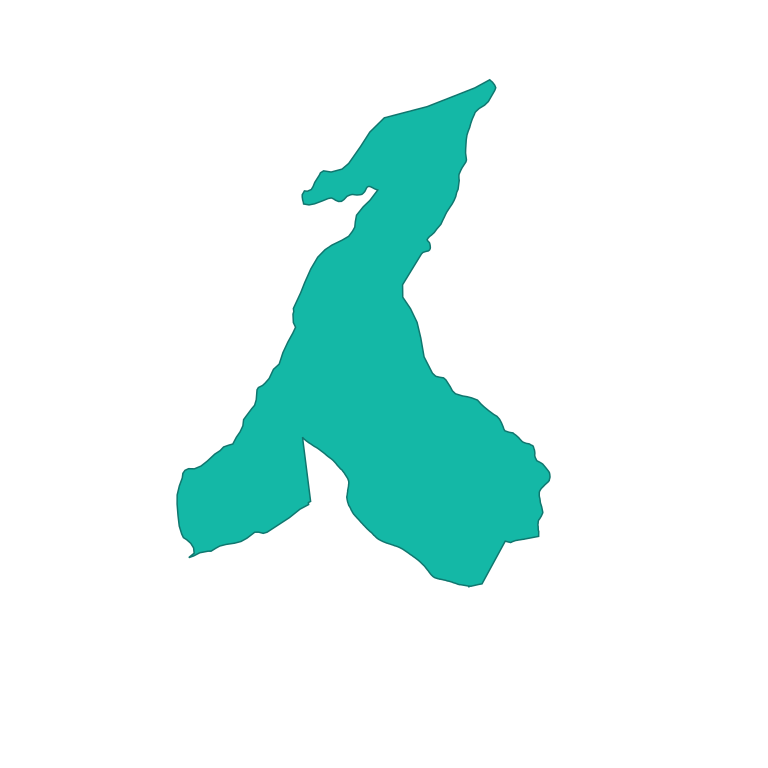 Desrameaux, Dauphin, Saint Lucia (Mercator projection), rotated 146°
{"feature_id": "8701671B79417644951649", "entity_name": "Desrameaux", "entity_type": "district", "adm_level": 2, "iso_a3": "LCA", "parent_name": "Saint Lucia", "parent_adm1": "Dauphin", "projection": "mercator", "projection_center": [-60.926, 14.037], "detail": "fine", "context": "isolated", "style": "filled", "palette": "teal", "viewbox_px": 768, "rotation_deg": 146, "n_neighbors": 0, "source": "geoboundaries", "source_scale": "gbopen_adm2", "svg_char_len": 6159}
<svg xmlns="http://www.w3.org/2000/svg" viewBox="0 0 768 768"><g transform="rotate(146 384 384)"><path d="M341.0,171.2L338.2,175.2L338.1,175.5L337.8,176.6L335.8,179.8L335.2,181.2L333.9,182.6L332.9,183.9L331.7,184.8L330.3,185.2L327.3,186.6L325.9,187.5L324.6,188.3L324.1,188.8L323.2,191.0L322.0,193.9L321.4,195.8L321.0,197.3L320.5,198.6L319.8,199.9L318.8,202.0L318.4,203.2L317.8,204.5L317.0,205.7L315.7,207.5L314.6,208.3L313.0,209.0L312.1,209.4L308.5,210.1L307.3,210.4L302.4,211.1L301.0,211.6L300.0,212.6L298.9,213.5L298.3,214.2L297.0,216.6L296.4,218.2L296.4,220.0L296.7,224.3L297.2,228.9L297.9,230.6L299.0,232.8L299.5,233.6L300.2,235.0L299.7,238.5L299.3,239.8L298.8,240.8L298.2,241.5L297.6,242.3L296.6,244.2L296.1,245.4L295.8,246.8L295.3,248.1L295.1,249.3L295.6,250.4L296.3,251.4L296.9,252.9L297.8,253.9L298.6,254.6L299.4,255.4L301.0,257.7L301.6,258.9L302.2,262.6L302.3,264.0L303.2,267.6L304.1,270.0L304.4,271.3L306.0,272.8L307.4,274.2L309.9,277.5L309.9,279.4L309.2,281.8L308.3,286.2L307.9,290.1L308.4,294.0L310.0,297.3L312.2,303.6L313.8,309.0L314.8,313.3L315.5,318.4L319.1,323.5L322.2,327.0L325.5,330.1L330.2,335.9L331.1,340.1L330.6,344.7L330.5,348.6L330.4,352.8L331.2,355.8L334.2,358.6L336.8,361.5L337.8,365.9L335.6,384.1L327.8,401.5L322.1,416.6L319.9,431.6L319.9,445.5L313.1,455.9L280.2,470.9L278.1,471.3L275.6,470.6L272.7,469.5L271.2,469.7L270.0,470.4L269.2,471.3L268.3,473.0L267.7,474.4L267.3,475.8L267.7,478.3L267.6,479.5L266.1,480.2L263.8,480.8L262.3,480.9L261.5,480.9L257.6,481.5L254.5,482.6L253.4,483.0L250.0,483.9L247.5,484.6L243.4,487.1L240.7,488.6L238.3,490.1L235.7,491.5L230.7,493.6L226.9,495.1L223.4,496.9L219.8,499.2L216.6,502.2L213.7,504.0L207.8,510.7L206.9,512.5L205.5,514.7L204.5,515.9L200.7,518.3L198.1,519.7L191.9,522.3L190.3,523.7L187.2,529.9L185.0,533.0L179.3,540.4L176.0,544.0L172.7,546.6L169.6,548.7L166.5,551.4L162.5,554.4L158.1,557.1L156.8,558.1L155.4,558.5L152.5,559.0L151.1,559.2L144.7,558.9L142.0,559.4L139.6,559.8L128.1,565.4L125.7,567.1L125.1,569.9L125.3,573.5L126.0,576.0L126.2,577.1L143.1,578.7L193.1,589.8L234.9,604.5L254.8,600.8L270.6,594.0L289.9,586.6L298.6,585.6L309.3,589.3L314.9,594.5L318.6,594.6L320.8,593.3L328.6,589.9L332.3,587.4L335.5,585.9L339.8,586.7L342.0,588.6L344.1,587.5L345.9,586.7L347.2,584.8L348.5,582.1L349.2,579.9L350.0,578.2L346.0,574.4L340.8,572.2L332.9,570.3L326.6,569.0L323.6,567.7L322.4,565.8L321.4,563.4L319.6,560.7L317.1,559.2L314.0,559.3L309.7,560.3L306.4,559.7L304.3,558.9L303.0,557.8L302.7,557.5L300.7,555.8L298.0,554.3L296.3,553.6L294.4,553.8L292.3,554.3L290.5,555.3L289.0,556.2L287.5,556.7L286.1,556.3L285.0,555.3L283.8,553.3L282.5,550.8L280.7,548.3L293.0,544.1L302.2,542.5L312.4,539.3L317.0,534.6L320.5,530.4L324.6,528.3L330.7,526.2L338.4,526.7L349.6,528.3L357.8,528.3L368.0,526.2L380.2,520.4L392.9,512.5L402.1,506.2L416.9,497.3L418.3,494.5L420.4,492.8L424.8,485.6L425.6,480.5L431.1,477.2L440.1,472.6L450.3,466.5L455.4,462.5L459.8,459.1L467.4,458.0L476.1,452.8L482.2,451.2L485.6,450.7L490.1,451.3L492.5,450.2L498.8,442.3L503.2,438.7L507.5,437.5L512.9,435.6L516.1,434.5L520.3,433.0L524.4,428.2L530.1,424.8L536.2,422.4L542.9,418.8L547.2,420.2L552.2,421.5L557.1,420.4L563.6,420.5L573.6,418.9L581.6,418.3L588.6,419.7L593.4,423.1L597.3,423.7L600.7,422.4L603.8,418.9L610.6,414.0L617.5,407.7L622.7,400.1L628.4,390.0L633.2,380.7L635.6,372.8L636.2,368.8L634.7,365.4L633.3,360.0L633.5,354.6L636.0,349.9L641.7,349.4L642.9,349.2L638.0,347.9L631.1,347.1L623.4,343.8L620.8,342.1L615.3,341.9L610.8,341.5L604.6,339.3L596.9,335.6L590.6,333.4L583.8,332.8L574.0,333.4L570.8,331.3L567.6,327.7L563.8,326.5L537.2,326.1L523.6,327.2L513.9,326.2L513.0,328.0L510.5,327.7L481.3,385.5L481.3,384.7L481.0,383.1L480.9,382.5L480.5,381.5L480.4,380.9L480.1,379.9L479.8,379.2L479.3,377.6L478.1,375.0L477.4,373.1L477.2,372.7L477.0,372.1L476.4,370.7L476.1,370.3L475.0,367.9L474.1,365.4L473.5,363.6L472.7,361.3L471.8,358.4L471.6,357.3L471.2,356.1L470.9,355.1L470.0,352.6L469.4,350.9L468.9,349.0L468.4,345.8L468.2,344.4L468.3,343.9L467.9,340.9L467.8,340.4L467.6,339.2L467.6,338.7L467.5,338.0L467.3,337.4L467.1,336.9L466.9,336.2L466.9,334.3L466.8,333.9L466.8,333.0L466.7,332.2L466.8,331.3L466.9,326.3L467.1,325.2L467.7,323.0L468.3,322.0L468.9,321.1L469.6,320.4L470.6,319.1L473.7,316.0L474.3,315.1L475.4,314.0L476.3,312.9L478.1,311.1L479.1,309.0L480.0,306.8L480.3,305.8L480.6,304.7L480.9,303.8L481.1,303.0L481.1,301.5L481.2,300.2L481.4,299.0L481.6,298.1L481.7,297.4L481.7,296.1L481.9,295.2L481.9,292.8L481.7,291.7L481.7,291.3L481.6,290.5L481.4,289.8L481.4,289.1L481.3,288.5L481.2,287.8L481.1,287.1L481.0,286.7L480.8,285.8L480.8,285.4L480.5,283.1L480.4,282.0L480.0,280.2L480.0,279.8L479.9,279.2L479.9,278.8L479.5,277.0L479.3,275.3L479.1,274.8L479.1,274.3L478.9,273.2L478.7,272.4L477.9,268.9L477.7,268.6L477.3,266.9L477.0,264.2L476.8,263.9L476.6,263.0L476.3,261.3L476.0,260.1L475.3,258.2L474.9,257.5L474.6,256.9L474.3,256.3L472.8,253.7L471.5,251.8L470.8,250.7L469.9,249.7L469.5,249.1L468.8,248.3L467.0,245.9L466.7,245.6L465.5,243.8L465.1,243.4L464.7,242.9L463.7,241.6L462.5,239.7L461.8,238.5L461.7,238.1L461.3,237.5L461.1,237.2L460.8,236.5L460.2,235.0L459.5,233.3L459.2,232.5L458.3,230.3L457.4,227.6L456.9,226.7L456.2,224.5L455.5,222.8L454.1,218.6L453.5,216.3L452.9,213.3L452.4,211.0L452.2,209.8L452.2,208.9L452.1,207.5L452.0,206.6L452.0,205.9L451.9,205.2L451.8,204.5L451.8,203.5L451.8,202.5L451.7,201.9L451.7,200.9L451.5,199.1L451.3,198.3L451.1,197.2L450.8,196.4L450.3,195.2L449.5,194.1L448.6,193.0L448.0,192.2L447.7,192.0L447.0,191.1L446.1,190.4L445.9,190.1L445.5,189.7L445.2,189.5L444.3,188.4L443.6,187.7L442.7,186.8L441.6,185.3L441.3,185.0L440.7,184.5L440.5,184.2L440.1,183.8L438.3,181.6L437.7,180.6L436.8,179.5L436.3,179.0L435.5,177.8L435.1,177.3L434.6,176.5L433.8,175.7L433.4,175.2L432.7,174.8L432.3,174.4L427.1,169.4L427.0,168.4L426.3,168.7L425.7,168.2L424.5,167.5L423.6,167.2L421.6,166.4L420.8,166.1L420.5,166.0L419.8,165.7L417.9,165.0L417.3,164.7L416.9,164.6L416.1,164.2L414.5,163.5L371.4,185.9L370.6,185.0L369.0,183.2L368.3,182.6L367.9,181.9L366.9,181.6L365.7,181.5L362.3,180.6L360.9,179.9L359.6,179.4L357.8,178.5L356.4,177.9L354.9,177.1L353.8,176.7L341.0,171.2Z" fill="#14b8a6" stroke="#0f766e" stroke-width="1.5"/></g></svg>